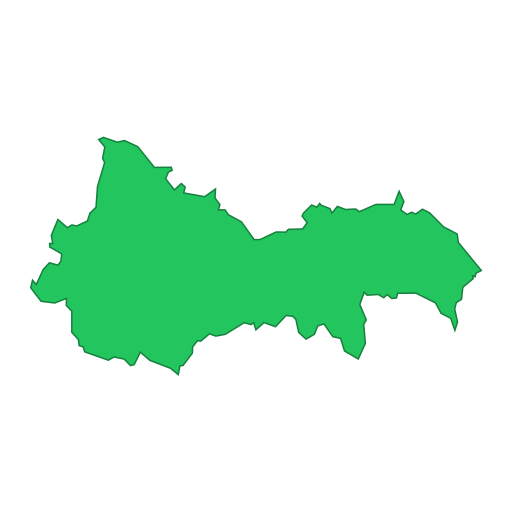 outline of Kratovo, Rankovce, North Macedonia
{"feature_id": "65306769B16547433729319", "entity_name": "Kratovo", "entity_type": "district", "adm_level": 2, "iso_a3": "MKD", "parent_name": "North Macedonia", "parent_adm1": "Rankovce", "projection": "mercator", "projection_center": [22.15, 42.098], "detail": "fine", "context": "isolated", "style": "filled", "palette": "green", "viewbox_px": 512, "rotation_deg": 0, "n_neighbors": 0, "source": "geoboundaries", "source_scale": "gbopen_adm2", "svg_char_len": 1913}
<svg xmlns="http://www.w3.org/2000/svg" viewBox="0 0 512 512"><path d="M134.2,364.7L140.3,352.2L150.1,360.5L170.5,368.3L178.3,374.6L179.9,365.9L183.0,365.5L192.4,353.1L192.6,346.9L197.5,340.7L200.8,341.1L209.5,333.8L215.8,336.1L225.3,334.3L244.2,322.7L251.0,324.6L253.7,322.8L255.9,329.8L264.0,322.6L275.5,326.7L286.1,315.5L292.9,316.3L295.9,319.6L298.7,332.4L306.0,339.1L314.4,334.3L317.7,326.0L324.0,323.9L332.8,336.7L340.6,338.4L344.5,351.0L358.3,359.0L365.4,343.3L363.7,324.6L366.3,319.8L359.8,304.5L364.2,292.2L367.1,295.2L378.2,294.5L383.8,297.7L387.3,294.6L391.7,298.5L396.4,298.0L397.7,293.3L415.8,293.1L435.5,302.9L441.1,313.3L450.7,318.3L454.9,330.3L457.5,322.1L454.7,309.0L456.3,302.6L461.5,299.3L462.8,287.3L473.2,278.6L472.6,275.9L475.2,276.7L475.9,273.3L481.3,270.5L458.3,242.4L457.2,234.0L443.5,226.8L429.6,212.8L422.4,209.2L415.6,214.2L411.8,212.2L407.0,214.4L400.7,209.9L403.9,201.6L399.1,191.3L394.2,204.4L376.0,204.4L359.3,211.7L355.8,209.0L345.5,209.5L337.4,206.4L331.9,213.1L329.9,208.6L321.1,205.2L319.7,203.4L316.8,207.2L311.7,205.0L303.5,213.1L302.1,216.1L307.1,222.7L302.6,229.0L288.4,229.3L285.9,232.1L276.0,232.0L260.0,239.6L254.1,239.6L241.4,221.8L228.3,214.7L225.1,209.9L218.4,209.8L219.9,204.5L215.0,198.0L215.5,189.0L204.6,196.7L183.7,192.9L185.2,187.1L181.3,183.5L174.4,189.9L165.6,178.7L168.4,172.1L172.1,170.4L171.3,167.3L154.4,167.4L137.8,146.7L124.4,140.5L117.4,142.2L103.5,137.4L98.7,139.5L104.8,147.0L102.6,158.3L104.6,162.6L97.5,186.5L96.0,207.3L90.0,213.1L87.4,221.0L76.6,226.0L71.9,224.9L67.4,227.7L57.9,219.5L51.3,235.5L52.7,243.5L49.6,243.5L49.8,247.0L61.7,253.9L60.9,261.2L57.9,265.1L49.4,262.8L43.2,269.5L36.3,284.5L32.5,280.2L30.7,287.8L41.1,301.3L54.7,303.0L66.5,298.4L66.3,305.5L71.8,311.2L71.8,332.3L78.4,339.6L79.1,345.6L83.0,346.8L84.8,351.9L108.4,360.2L114.0,357.0L124.2,359.1L130.5,365.6L134.2,364.7Z" fill="#22c55e" stroke="#15803d" stroke-width="1.5"/></svg>